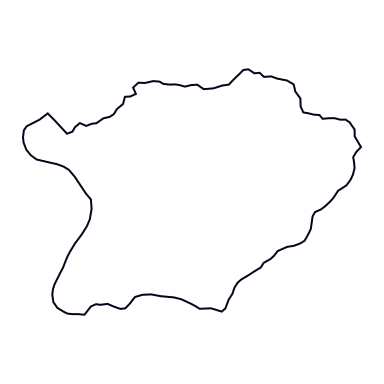 Itaju, São Paulo, Brazil
{"feature_id": "56859067B23985784357287", "entity_name": "Itaju", "entity_type": "district", "adm_level": 2, "iso_a3": "BRA", "parent_name": "Brazil", "parent_adm1": "São Paulo", "projection": "natural_earth1", "projection_center": [-48.797, -21.954], "detail": "fine", "context": "isolated", "style": "outline", "palette": "ink", "viewbox_px": 384, "rotation_deg": 0, "n_neighbors": 0, "source": "geoboundaries", "source_scale": "gbopen_adm2", "svg_char_len": 1883}
<svg xmlns="http://www.w3.org/2000/svg" viewBox="0 0 384 384"><path d="M84.5,314.7L91.0,306.4L96.0,304.2L100.4,304.8L107.6,303.9L114.1,306.7L120.4,308.9L125.2,308.4L129.6,303.9L135.0,297.0L142.5,294.8L151.1,294.4L160.8,296.2L166.3,296.7L173.8,297.4L181.2,299.2L191.3,303.9L195.5,306.2L199.7,308.8L210.8,308.3L215.7,309.7L221.7,311.6L225.4,308.4L228.6,299.8L232.4,293.8L234.6,287.4L237.7,282.6L241.4,279.4L246.7,276.3L252.5,272.6L256.9,269.8L260.8,267.5L263.6,262.9L270.5,259.0L273.9,255.9L277.7,251.0L287.0,246.9L293.9,245.8L300.3,243.4L304.5,240.8L307.7,235.3L310.8,229.0L312.6,216.3L315.0,212.1L321.0,209.4L325.3,206.1L331.1,200.6L334.0,197.0L338.1,190.7L346.3,185.5L350.3,180.2L352.9,174.8L354.6,168.1L354.0,162.0L353.2,157.1L356.2,152.1L361.0,147.0L357.8,141.7L354.7,136.4L354.6,129.5L349.5,122.2L345.5,119.6L340.4,119.7L334.6,118.2L329.0,118.2L322.6,118.8L319.4,115.0L314.2,114.7L308.3,113.3L303.3,112.4L300.6,106.4L300.4,98.5L295.3,91.5L293.7,84.4L287.0,80.5L277.2,78.6L271.2,76.4L264.0,76.9L259.6,72.8L254.5,73.3L248.3,69.3L243.3,70.0L239.5,73.9L235.8,77.4L232.5,80.7L228.8,84.6L222.4,85.5L213.6,88.3L208.5,88.8L203.7,89.1L197.2,84.7L191.1,85.1L184.9,86.6L179.6,85.1L175.2,84.4L169.9,84.6L163.4,83.9L159.5,81.6L153.2,81.1L144.8,83.0L138.4,82.7L133.1,87.6L135.9,93.9L130.3,96.5L124.9,96.8L123.1,103.9L116.8,109.2L113.9,114.1L109.6,116.9L103.4,118.3L96.4,123.2L91.7,123.8L86.3,125.9L79.8,123.1L74.9,127.3L72.4,131.7L67.0,133.7L54.2,119.9L47.7,113.4L39.5,119.7L26.6,126.3L23.9,130.3L23.0,137.3L23.6,142.6L26.3,149.7L30.7,155.1L36.6,159.5L57.4,164.3L63.8,166.7L68.8,169.8L74.7,176.7L85.8,193.4L90.9,199.5L91.6,208.9L89.8,219.4L87.0,226.0L81.9,234.2L74.9,243.6L69.7,252.2L67.3,256.9L65.3,261.7L63.1,267.5L59.9,273.6L54.6,284.2L53.0,289.1L52.3,294.6L53.3,302.0L57.3,307.8L63.4,311.6L67.5,313.6L71.9,314.1L77.8,314.1L84.5,314.7Z" fill="none" stroke="#020617" stroke-width="2"/></svg>